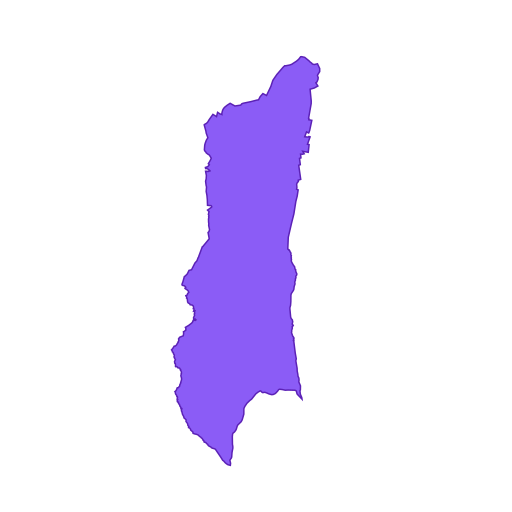 Sancraieni, Harghita, Romania (Albers equal-area conic projection), rotated 296°
{"feature_id": "2599482B65024630890924", "entity_name": "Sancraieni", "entity_type": "district", "adm_level": 2, "iso_a3": "ROU", "parent_name": "Romania", "parent_adm1": "Harghita", "projection": "albers", "projection_center": [25.771, 46.297], "detail": "fine", "context": "isolated", "style": "filled", "palette": "violet", "viewbox_px": 512, "rotation_deg": 296, "n_neighbors": 0, "source": "geoboundaries", "source_scale": "gbopen_adm2", "svg_char_len": 6059}
<svg xmlns="http://www.w3.org/2000/svg" viewBox="0 0 512 512"><g transform="rotate(296 256 256)"><path d="M147.5,360.1L148.7,359.3L150.0,357.9L150.5,357.2L151.6,356.2L154.1,354.6L155.1,354.6L158.8,352.9L161.6,349.7L163.3,349.1L164.5,348.4L165.2,347.9L166.3,346.5L168.1,345.4L170.6,343.5L173.2,342.1L179.3,337.7L181.2,337.3L186.0,333.8L196.0,327.3L196.3,326.7L196.6,326.6L196.8,327.0L198.2,326.0L198.3,326.3L198.9,326.1L199.7,325.0L200.0,324.2L202.7,321.5L203.8,321.2L204.7,320.7L207.0,320.3L208.6,319.4L209.3,319.9L210.0,319.9L210.6,318.4L213.1,317.8L213.6,317.2L214.3,316.9L214.7,316.3L215.1,315.2L216.2,314.0L223.4,309.6L224.5,309.1L226.8,308.7L230.3,307.3L236.0,304.6L237.6,304.2L241.5,304.7L242.7,304.6L245.2,303.7L248.0,303.3L249.7,302.2L251.7,302.0L252.7,301.4L253.9,301.5L254.8,300.8L255.8,300.7L256.3,300.9L257.5,300.7L258.0,300.4L259.0,299.1L260.3,298.0L261.1,297.7L261.5,296.6L263.2,295.5L264.3,293.4L266.2,290.7L267.1,289.8L268.3,289.5L268.8,288.9L269.7,288.7L269.8,288.4L270.9,287.8L271.9,287.6L272.4,286.7L273.8,286.2L274.5,285.4L274.7,284.7L275.4,284.1L275.8,283.5L275.7,283.2L276.0,283.1L276.2,281.5L287.0,276.8L300.9,273.6L310.4,271.6L322.5,267.9L327.8,266.8L333.9,264.9L333.8,263.2L335.6,262.7L338.3,261.1L339.5,260.9L341.6,261.4L342.6,260.7L344.5,262.6L356.3,254.6L357.5,255.8L362.8,252.3L363.9,253.4L367.1,251.4L367.8,253.1L369.0,254.5L370.6,252.1L372.1,257.5L379.4,254.9L379.0,253.3L386.8,252.4L386.6,251.1L385.8,250.9L384.5,247.5L389.7,247.0L389.6,249.4L389.9,249.5L392.4,249.2L402.4,246.7L401.6,243.7L402.8,243.3L402.8,242.9L417.1,238.8L419.5,237.7L429.6,231.5L432.6,234.8L435.9,237.1L437.9,233.9L439.2,234.5L441.9,234.3L443.6,233.7L445.0,232.2L445.7,232.0L449.7,232.4L452.4,231.1L455.7,227.0L453.7,224.5L453.4,223.4L453.3,222.3L453.7,221.7L454.1,219.6L454.7,217.9L455.9,212.7L455.7,211.8L455.2,209.8L454.7,208.8L451.5,208.1L448.9,207.0L443.9,204.0L442.3,202.4L440.9,200.5L439.9,199.2L439.6,198.4L437.5,197.6L428.4,195.2L421.9,194.2L420.8,194.2L415.0,195.0L404.9,195.1L405.0,191.0L401.1,189.9L397.5,189.8L396.4,188.3L392.4,183.6L387.6,177.4L386.6,176.5L384.9,176.1L381.6,171.3L381.9,165.8L378.9,164.0L376.2,162.7L374.5,162.2L372.7,162.1L371.3,162.3L368.7,162.9L368.2,163.3L367.9,161.4L368.3,158.5L364.0,159.4L364.4,155.2L357.9,154.1L355.2,153.9L353.4,153.3L352.4,152.5L351.2,151.9L346.3,156.2L344.6,157.4L341.2,160.9L338.3,160.6L335.2,160.9L333.2,161.3L328.9,163.0L328.1,163.7L327.3,165.6L326.9,166.0L326.4,168.3L326.3,169.8L324.3,172.9L322.2,173.0L318.0,172.7L317.6,174.0L316.7,173.9L315.4,173.5L314.7,173.0L313.4,171.7L312.5,172.4L313.0,173.5L313.1,174.4L312.6,176.8L312.4,176.7L312.2,177.2L311.1,176.1L310.7,175.3L310.9,175.3L310.6,174.5L310.1,173.5L306.6,176.1L303.5,177.4L301.1,177.9L297.6,180.2L296.3,181.3L292.2,182.9L289.0,185.3L285.2,187.6L280.3,190.2L281.0,192.2L281.6,193.5L281.2,194.4L280.5,194.7L276.0,192.3L275.3,194.3L272.4,195.0L272.1,195.6L271.5,196.0L270.5,196.2L270.2,196.6L268.4,197.1L265.5,198.6L264.4,199.4L262.8,200.0L259.3,202.7L257.3,203.0L256.1,202.6L251.0,206.4L241.0,204.0L240.7,203.7L230.5,204.7L230.0,204.9L229.3,204.7L225.8,205.0L223.0,204.2L215.4,204.1L213.7,202.1L209.8,202.1L207.1,201.2L206.1,200.6L200.8,201.6L198.5,201.8L197.6,202.1L197.4,203.1L197.8,204.5L197.5,206.0L197.0,206.6L196.3,206.3L195.7,206.4L195.3,209.2L194.9,210.3L193.9,211.5L192.2,211.0L191.4,211.2L190.5,211.1L189.6,210.3L189.3,210.6L189.0,211.3L188.2,212.1L187.7,212.1L187.6,212.6L187.2,213.1L184.7,214.7L184.1,215.6L184.0,217.3L183.3,218.2L183.7,219.3L183.9,220.4L183.6,221.4L182.8,222.2L181.8,222.7L181.2,222.7L181.3,223.4L180.3,224.0L179.1,224.1L179.9,225.1L178.7,225.3L177.4,226.1L176.8,225.9L175.8,226.8L173.1,226.9L172.5,227.3L171.8,228.4L172.1,228.8L172.6,228.9L172.2,229.6L172.2,230.0L171.5,229.7L171.2,228.5L171.2,227.8L170.5,227.9L169.8,227.7L169.4,228.0L167.5,227.6L164.1,225.9L160.9,223.8L160.3,224.6L158.7,225.4L156.4,224.4L156.2,224.0L154.4,225.0L152.4,225.6L149.5,223.0L147.5,222.7L146.6,223.5L145.7,223.7L144.4,223.6L144.2,223.9L142.7,223.6L141.2,223.6L139.6,222.9L139.2,222.0L136.4,221.7L134.6,221.2L134.1,222.1L133.1,223.0L133.1,223.6L132.8,224.1L132.0,224.6L131.2,226.0L129.9,226.5L129.3,226.5L128.9,227.4L128.5,227.5L127.5,229.0L125.5,229.0L124.9,229.5L124.3,229.7L123.9,230.2L123.9,230.7L122.2,231.8L121.6,231.9L121.3,232.4L121.7,233.1L121.8,233.8L121.7,234.2L121.3,234.6L121.3,235.2L121.7,235.9L121.7,236.5L121.5,236.9L120.9,237.5L120.9,238.0L120.2,238.2L120.1,238.6L119.2,239.7L117.9,240.4L117.5,240.3L117.2,240.6L115.8,240.8L115.0,241.3L113.6,242.6L112.2,243.3L109.1,243.8L109.0,244.0L106.7,244.0L105.6,244.4L103.5,243.8L103.1,243.0L100.2,243.2L98.6,242.6L98.5,243.1L97.7,243.4L96.6,244.4L96.1,245.5L95.0,246.5L95.1,247.0L94.7,247.4L93.6,247.5L92.8,248.5L92.1,248.1L91.5,248.8L90.6,249.1L90.4,249.6L90.6,250.3L89.3,251.2L89.1,252.2L87.7,253.4L87.6,254.0L87.1,254.4L86.7,255.1L85.9,255.4L86.3,256.2L84.1,256.8L83.7,257.5L81.4,259.4L80.1,261.3L78.9,262.3L78.3,264.6L77.9,265.1L76.6,265.6L75.4,267.9L73.7,269.2L73.5,270.3L72.2,270.6L72.3,271.7L71.7,273.0L70.9,273.6L70.2,276.3L69.0,277.2L69.2,278.9L69.6,280.5L69.8,282.1L69.1,284.5L68.9,286.0L68.5,286.6L68.5,287.3L67.8,288.6L67.2,289.2L67.3,289.7L67.1,290.1L66.5,290.5L66.0,291.1L66.3,291.7L66.3,292.8L65.7,293.8L65.6,295.1L64.8,296.0L64.5,297.4L64.6,299.0L64.2,299.8L64.1,300.8L64.6,303.5L64.4,304.4L59.7,312.6L57.8,315.6L57.6,316.8L56.6,319.2L56.2,321.2L56.1,322.3L56.6,324.7L58.6,324.0L60.9,322.1L61.8,322.1L63.5,322.4L64.6,322.3L68.8,320.6L73.2,319.4L74.9,318.5L76.4,317.4L83.3,313.9L85.8,313.0L86.7,313.0L88.4,313.8L90.5,314.2L91.7,314.2L94.8,313.7L96.1,313.7L100.5,315.3L102.7,315.4L108.5,314.4L113.5,312.0L115.8,311.9L119.6,312.4L123.5,313.8L125.4,314.8L132.1,316.3L134.7,317.6L136.6,318.9L136.7,319.7L136.2,321.0L136.1,321.8L136.3,322.2L137.1,323.2L137.4,323.9L137.6,325.4L137.7,328.1L138.2,330.7L138.4,331.1L138.9,332.0L140.5,333.4L141.8,334.0L144.2,334.7L145.8,334.9L146.6,335.6L147.5,338.2L148.2,341.1L149.6,343.6L152.4,349.8L152.5,351.0L152.0,351.7L150.2,353.2L149.8,353.8L147.5,360.1Z" fill="#8b5cf6" stroke="#5b21b6" stroke-width="1.5"/></g></svg>